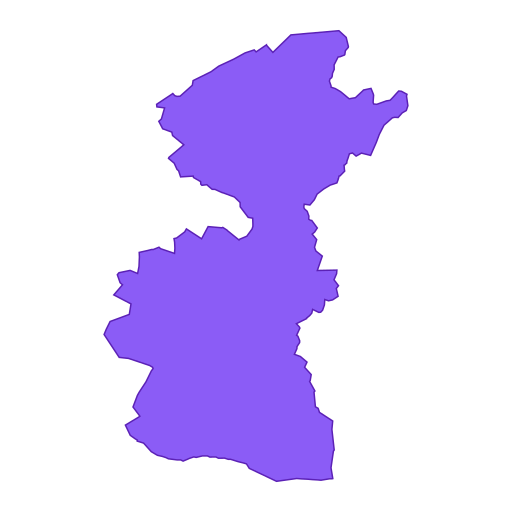 the district of Giade, Bauchi, Nigeria
{"feature_id": "59680162B9145923747098", "entity_name": "Giade", "entity_type": "district", "adm_level": 2, "iso_a3": "NGA", "parent_name": "Nigeria", "parent_adm1": "Bauchi", "projection": "orthographic", "projection_center": [10.272, 11.415], "detail": "fine", "context": "isolated", "style": "filled", "palette": "violet", "viewbox_px": 512, "rotation_deg": 0, "n_neighbors": 0, "source": "geoboundaries", "source_scale": "gbopen_adm2", "svg_char_len": 3834}
<svg xmlns="http://www.w3.org/2000/svg" viewBox="0 0 512 512"><path d="M332.8,478.6L331.0,467.8L333.4,451.2L333.9,450.4L334.2,450.0L331.9,429.4L332.7,421.0L319.5,412.4L318.1,408.3L315.4,406.8L314.0,392.1L314.9,391.0L309.6,381.4L310.2,380.6L311.2,374.6L304.6,367.3L307.0,362.1L300.4,356.5L294.4,354.3L296.9,348.7L297.0,346.6L299.6,342.6L299.7,340.8L297.9,336.2L296.6,335.3L299.9,328.1L299.4,327.0L296.4,323.7L304.0,319.9L306.6,318.6L306.6,318.1L309.7,315.6L311.8,313.1L312.6,309.4L318.8,312.4L320.7,312.2L322.6,310.2L324.4,305.0L324.8,299.5L328.5,300.8L332.6,299.9L338.1,296.3L336.3,288.5L338.5,285.7L334.0,279.8L336.6,273.7L336.9,270.1L317.3,270.5L322.3,256.1L315.9,251.0L314.5,247.3L316.7,239.6L312.2,234.1L314.6,232.1L317.3,228.0L311.7,220.4L310.6,220.4L308.7,219.1L308.9,216.1L307.2,211.3L304.3,208.7L303.8,207.1L304.2,204.2L309.9,205.0L314.3,199.8L315.5,197.4L317.1,194.1L320.1,191.8L323.7,189.0L325.7,187.8L328.4,186.2L330.4,185.0L331.8,184.6L336.9,182.9L338.1,179.7L338.1,179.1L338.3,179.0L338.4,178.7L338.7,177.6L338.9,176.7L339.1,176.0L340.0,175.9L344.7,171.1L344.5,170.0L344.4,169.4L344.2,166.8L344.0,165.2L345.1,164.7L346.0,163.6L346.7,163.2L347.0,160.9L347.9,158.5L349.4,153.8L352.5,153.0L356.1,156.1L359.6,154.2L361.4,153.1L370.6,155.4L376.3,142.4L379.3,134.4L384.0,125.2L392.4,117.8L394.8,117.3L398.1,117.5L402.2,112.9L406.3,110.5L407.9,105.7L406.5,96.0L407.0,94.3L401.5,91.3L400.9,91.2L398.7,91.0L396.2,93.7L392.8,97.5L390.1,100.3L386.3,100.9L376.8,104.3L373.7,104.0L373.5,103.6L373.1,102.3L373.6,95.2L373.2,93.8L371.5,89.6L371.0,88.4L363.5,90.0L362.8,90.8L355.4,97.7L351.8,98.3L349.2,98.8L347.0,97.0L345.6,95.8L342.1,92.9L340.5,91.6L337.1,89.6L335.1,88.5L331.1,87.2L331.0,85.7L329.4,81.1L330.0,78.9L331.6,77.7L332.2,76.3L332.5,73.3L334.2,69.4L334.1,64.8L334.4,64.3L338.1,57.0L340.2,56.7L344.5,55.0L344.8,54.6L345.4,50.7L348.2,47.5L348.4,46.5L346.2,37.4L338.9,30.7L322.1,32.2L319.5,32.4L317.6,32.6L315.7,32.7L314.1,32.9L307.5,33.4L300.0,34.1L290.9,34.9L272.9,52.4L266.4,45.1L266.4,44.9L256.1,51.9L254.2,49.9L245.1,52.9L233.8,59.1L218.8,66.1L210.9,71.8L193.1,80.6L192.3,85.3L180.1,96.2L176.8,96.4L176.7,96.3L174.8,95.7L172.8,93.5L171.7,94.3L156.6,104.3L156.9,106.9L164.6,107.9L161.4,119.0L158.8,121.3L162.7,128.8L171.8,132.1L172.6,135.6L173.0,135.9L183.8,144.8L179.7,148.3L168.9,157.4L168.5,158.4L174.2,163.2L177.0,169.4L178.6,170.8L180.6,176.9L193.2,176.1L193.5,177.5L200.6,181.6L200.8,184.2L201.9,185.3L206.8,184.7L209.4,187.0L212.1,189.3L215.0,189.4L222.3,192.7L222.5,192.6L234.4,197.0L240.0,202.4L240.1,202.7L240.2,206.8L248.2,217.4L252.7,218.2L252.9,223.8L252.9,226.4L252.0,229.1L246.8,236.2L239.5,239.3L239.0,240.0L227.5,230.7L227.0,230.1L222.8,227.4L221.8,227.8L208.1,226.6L201.6,238.8L186.4,228.9L184.7,231.9L176.6,238.0L174.0,238.6L174.6,242.2L174.9,248.3L174.5,253.4L160.6,248.7L159.0,247.2L153.3,249.5L151.6,249.5L147.7,250.5L139.2,252.4L139.4,256.9L139.0,266.4L137.6,273.5L130.1,270.4L119.0,272.7L117.3,274.7L120.1,282.7L122.5,284.8L113.8,294.9L131.0,303.9L129.3,314.4L110.1,321.5L106.2,329.4L104.1,334.5L119.2,357.4L128.5,358.4L149.7,365.5L152.6,367.3L153.1,368.6L151.4,370.8L146.0,381.8L139.3,392.0L137.4,395.4L133.0,407.0L139.9,416.2L138.8,417.0L125.4,425.1L130.3,435.4L133.5,437.6L134.7,438.5L137.3,440.1L137.2,441.1L143.6,443.1L151.3,451.7L157.4,455.3L162.3,456.4L166.0,457.6L168.4,458.8L177.0,459.9L180.6,459.9L183.1,461.1L188.1,459.0L189.1,458.5L193.8,456.9L196.2,457.4L202.5,455.9L205.0,455.9L207.4,455.9L209.9,457.1L212.3,457.0L215.9,457.0L216.6,457.3L218.4,458.2L220.8,458.2L224.5,458.1L228.2,459.3L230.6,459.3L233.5,460.2L234.1,460.4L237.9,461.6L242.8,462.8L243.9,463.1L246.5,463.9L249.3,468.4L260.1,473.5L276.5,481.3L296.7,478.5L301.6,478.9L305.9,479.1L307.7,479.2L312.5,479.6L317.6,479.9L321.0,480.2L329.5,478.8L332.0,478.8L332.8,478.6Z" fill="#8b5cf6" stroke="#5b21b6" stroke-width="1.5"/></svg>